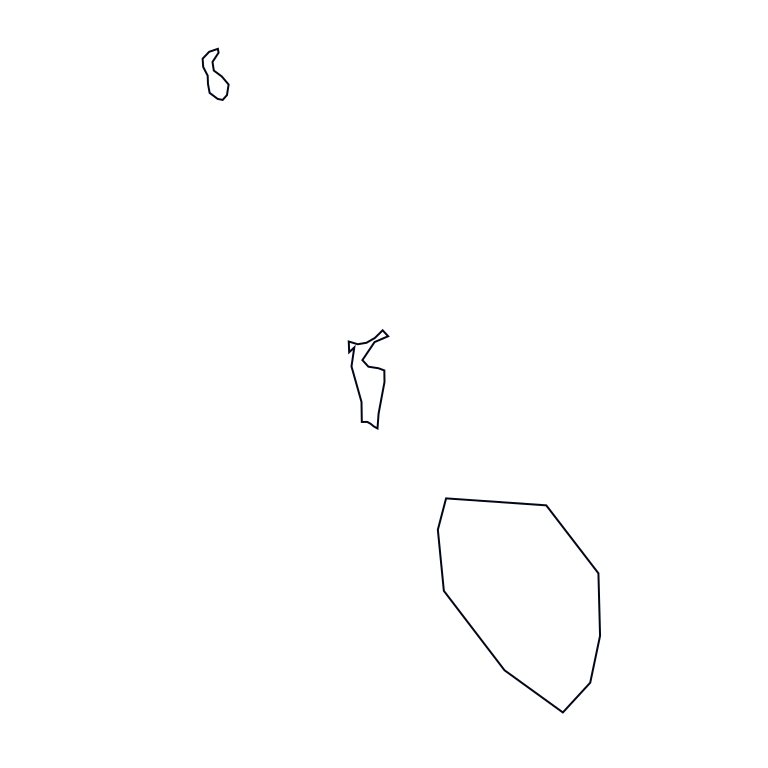 Saint Vincent and the Grenadines, Natural Earth projection, rotated 137°
{"feature_id": "VCT", "entity_name": "Saint Vincent and the Grenadines", "entity_type": "country or territory", "adm_level": 0, "iso_a3": "VCT", "parent_name": "North America", "parent_adm1": "", "projection": "natural_earth1", "projection_center": [-61.257, 13.027], "detail": "fine", "context": "isolated", "style": "outline", "palette": "ink", "viewbox_px": 768, "rotation_deg": 137, "n_neighbors": 0, "source": "natural_earth", "source_scale": "50m", "svg_char_len": 751}
<svg xmlns="http://www.w3.org/2000/svg" viewBox="0 0 768 768"><g transform="rotate(137 384 384)"><path d="M444.0,240.7L416.6,258.0L348.1,184.6L356.3,99.3L397.7,52.5L436.9,24.9L477.2,21.8L491.1,92.4L481.3,191.9L444.0,240.7ZM395.8,419.0L380.8,431.0L387.8,431.0L380.8,439.1L376.1,431.0L368.7,426.1L359.2,423.9L348.4,424.2L348.4,416.1L362.3,421.1L383.5,416.2L383.6,407.3L377.3,399.3L374.5,393.7L382.3,385.1L408.2,366.0L419.1,355.9L420.4,360.0L420.9,364.0L422.1,367.7L426.1,371.4L412.7,386.2L395.8,419.0ZM294.8,745.6L285.3,746.2L276.9,742.4L279.1,739.1L289.8,736.5L294.7,729.3L292.9,719.6L293.4,709.0L301.8,702.4L308.3,701.8L311.2,705.9L313.0,715.8L308.1,723.5L302.7,729.7L300.0,739.2L294.8,745.6Z" fill="none" stroke="#020617" stroke-width="2"/></g></svg>